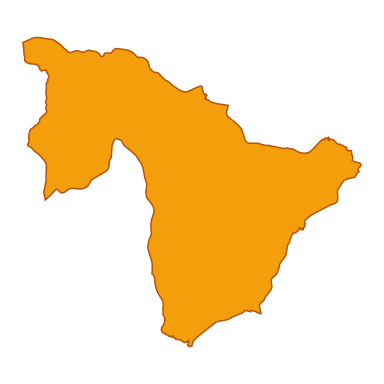 Nong Sung, Mukdahan, Thailand (Albers equal-area conic projection)
{"feature_id": "78962969B14563868158116", "entity_name": "Nong Sung", "entity_type": "district", "adm_level": 2, "iso_a3": "THA", "parent_name": "Thailand", "parent_adm1": "Mukdahan", "projection": "albers", "projection_center": [104.359, 16.434], "detail": "fine", "context": "isolated", "style": "filled", "palette": "amber", "viewbox_px": 384, "rotation_deg": 0, "n_neighbors": 0, "source": "geoboundaries", "source_scale": "gbopen_adm2", "svg_char_len": 5886}
<svg xmlns="http://www.w3.org/2000/svg" viewBox="0 0 384 384"><path d="M23.0,42.5L23.1,44.2L23.7,48.2L24.0,53.9L24.6,56.9L24.7,60.1L25.2,61.3L27.5,62.9L29.2,63.7L35.0,64.2L37.8,65.0L39.4,67.9L40.3,70.1L41.1,70.8L41.4,70.9L45.7,70.0L46.5,70.2L46.5,71.8L48.7,75.6L49.0,76.4L49.0,77.6L47.8,78.8L47.8,81.5L46.5,82.6L46.3,86.3L46.5,88.6L45.8,91.4L46.1,93.6L46.1,95.1L46.9,99.1L45.7,101.1L45.5,102.0L45.7,102.9L46.9,104.9L46.3,105.7L45.8,108.7L46.0,109.9L46.7,110.9L46.7,112.0L46.3,112.8L45.5,113.4L44.4,114.7L42.0,116.5L41.4,117.3L39.8,118.8L39.5,121.9L39.1,122.6L37.7,123.5L37.2,124.7L34.7,125.6L33.9,127.0L30.1,129.7L28.6,136.3L29.0,139.6L28.9,142.4L27.8,143.9L27.7,144.7L27.8,145.5L28.0,145.8L31.3,147.7L35.4,151.8L40.5,155.9L42.5,158.6L44.8,161.0L46.2,164.1L46.4,166.8L46.1,175.1L46.1,180.5L43.8,192.2L45.3,200.0L50.4,195.3L55.4,190.2L56.3,189.4L56.9,189.3L58.1,189.9L60.1,192.2L61.7,193.0L63.0,192.8L64.6,192.2L69.3,188.8L70.1,188.5L73.1,188.3L78.6,188.9L80.9,188.9L82.8,188.7L84.1,188.2L85.7,187.5L87.4,186.4L88.5,185.1L90.8,181.2L91.9,179.8L93.1,178.9L105.5,171.6L106.9,170.5L108.4,168.4L109.1,166.0L109.3,161.5L111.3,157.0L112.0,146.3L112.8,143.3L114.1,140.4L114.6,139.6L115.2,139.0L116.2,138.7L118.9,139.3L121.8,140.9L123.4,144.2L124.6,145.7L129.3,149.8L130.6,150.7L136.3,156.0L137.6,158.2L140.2,161.8L141.8,164.7L142.8,167.0L144.8,177.9L146.1,181.3L146.6,183.2L146.7,185.0L146.5,187.6L145.8,191.8L146.7,197.7L151.1,203.2L152.2,204.9L153.3,207.0L153.8,209.0L154.1,211.5L153.5,213.8L151.7,219.3L151.0,223.0L150.9,225.8L151.4,233.4L150.9,235.5L148.9,240.3L147.9,246.0L148.0,248.8L152.0,262.4L152.3,267.3L152.0,274.1L152.9,274.3L154.3,276.6L155.5,286.1L156.5,289.4L158.0,293.1L162.5,300.4L163.0,302.5L163.4,305.3L163.2,306.0L162.9,308.4L162.9,310.3L163.2,311.5L163.0,314.2L163.5,315.7L164.2,316.5L164.5,317.4L164.6,319.4L165.0,320.6L163.5,324.5L163.3,325.6L162.9,326.2L161.9,327.0L161.6,327.6L161.4,329.3L161.6,331.0L162.4,332.4L163.5,333.2L165.1,333.5L165.4,334.4L165.9,334.6L166.6,334.5L167.0,334.9L168.2,335.2L168.5,336.0L168.9,335.9L169.4,336.3L170.3,336.5L170.6,336.3L170.8,336.8L171.4,336.7L172.2,337.0L172.4,336.3L172.8,336.1L173.4,336.7L173.4,337.2L174.2,337.9L174.6,338.1L175.7,338.3L175.7,338.9L175.9,339.5L176.5,339.6L176.9,339.4L178.0,339.7L179.7,339.7L180.2,340.1L181.5,340.2L182.0,341.4L183.0,341.4L184.1,342.4L184.4,342.3L184.6,342.6L186.1,342.2L186.5,341.8L187.3,342.1L187.8,341.8L187.7,341.3L188.0,340.8L188.6,340.5L188.3,342.0L188.8,342.8L188.7,343.2L188.3,343.9L187.7,344.3L187.5,344.8L188.2,345.8L188.7,346.0L189.0,346.6L191.7,346.2L193.2,341.4L193.8,340.5L196.6,337.6L207.5,328.8L216.5,321.8L227.6,319.6L232.8,316.9L239.0,314.2L241.8,313.3L244.5,311.1L245.4,310.7L246.6,310.6L250.1,311.8L250.7,311.6L251.3,310.7L252.0,310.6L254.6,311.2L258.7,313.1L261.0,313.7L259.5,306.9L259.6,304.6L260.0,303.8L263.8,300.5L265.5,296.7L269.6,291.8L271.1,289.5L271.6,288.1L271.9,286.3L271.2,281.2L271.4,279.2L273.1,277.2L275.2,275.6L277.0,273.2L278.7,268.9L279.5,264.8L280.2,263.3L280.8,262.2L283.9,258.5L285.7,255.3L286.6,251.7L287.4,245.7L289.5,242.3L290.3,238.9L292.3,234.4L293.8,232.9L295.4,232.9L296.5,232.0L296.8,231.4L298.2,230.6L298.9,229.2L299.0,228.8L298.8,228.3L299.2,227.8L299.6,227.8L300.5,228.4L300.7,229.6L301.4,229.6L302.2,229.1L302.9,229.8L303.3,229.8L303.4,228.8L303.2,227.8L303.7,227.3L304.6,227.1L304.9,226.4L304.7,225.1L305.3,223.2L304.4,222.3L304.5,221.3L306.1,219.3L307.4,218.1L311.4,215.1L314.0,213.5L330.4,205.0L334.3,203.8L335.6,203.0L337.3,201.3L337.6,200.0L337.8,196.9L337.4,193.0L337.5,190.8L337.8,189.8L338.3,188.8L341.7,183.6L343.9,180.5L345.6,179.4L354.9,177.2L355.7,175.5L356.8,174.4L356.9,172.9L358.9,171.9L359.3,171.5L358.1,170.6L358.1,169.0L358.6,167.9L360.2,166.6L360.6,166.0L361.0,164.8L360.9,164.1L360.4,163.5L358.2,162.6L354.8,161.9L352.1,160.5L352.8,158.2L352.6,156.9L352.7,156.2L351.4,153.9L351.8,152.2L351.2,150.6L350.6,150.4L349.3,151.0L348.9,150.9L348.2,150.3L347.1,150.4L346.8,149.9L346.9,148.1L346.6,147.4L345.6,147.0L344.4,146.8L343.6,145.7L342.8,145.3L340.5,145.0L340.0,144.0L339.6,144.0L338.8,144.5L337.3,143.9L335.7,142.0L334.8,141.6L334.2,140.5L332.8,139.5L331.1,139.5L330.6,139.0L330.1,139.0L329.1,140.3L328.3,140.4L328.1,139.7L328.9,137.8L328.9,137.4L328.5,137.2L328.1,137.4L327.8,138.1L327.3,138.3L326.6,138.4L325.6,138.0L325.1,138.1L325.0,139.0L324.5,139.8L323.7,139.7L323.0,139.2L322.7,139.2L319.6,142.0L312.8,149.3L310.3,151.5L308.5,152.5L306.1,153.2L301.0,153.0L297.3,151.5L293.3,149.2L292.2,148.9L289.3,148.7L287.6,148.0L286.1,148.0L284.0,148.6L282.9,148.5L275.1,146.7L271.3,146.1L268.6,145.3L266.1,145.4L264.7,145.2L257.3,143.2L248.4,143.2L246.2,141.8L245.2,140.4L243.4,134.1L242.2,132.0L242.0,129.9L241.5,128.8L236.9,123.9L228.1,116.8L227.1,115.6L226.5,113.0L226.6,111.9L228.2,105.4L218.4,103.9L213.5,102.8L210.6,101.8L208.0,99.8L206.9,99.9L206.2,99.1L205.0,99.1L205.0,98.8L206.2,97.8L206.0,97.5L205.3,97.4L205.8,96.4L205.3,95.5L205.7,95.4L206.7,95.8L206.9,95.4L206.6,95.1L205.7,95.0L205.8,94.0L204.5,94.1L204.0,93.9L203.1,92.4L203.0,91.1L202.4,90.3L202.5,88.4L202.2,87.8L202.0,86.6L201.5,86.1L199.9,86.2L194.1,88.6L187.6,91.6L185.6,92.0L183.7,91.8L178.8,89.7L171.7,84.7L169.2,82.2L165.5,80.2L162.3,77.3L158.6,73.2L156.6,72.5L154.4,72.3L153.1,71.7L149.9,68.3L149.4,67.2L148.6,63.4L148.1,62.0L147.7,61.2L146.5,59.8L144.5,58.4L143.0,57.8L141.5,57.4L139.0,57.2L137.3,57.4L135.2,54.8L133.0,52.6L128.9,50.4L125.0,49.6L118.0,48.6L115.6,48.7L114.9,49.0L112.7,50.8L111.7,52.4L110.9,53.0L110.2,53.2L106.7,52.9L105.2,53.1L104.5,53.5L103.5,55.8L103.1,56.2L102.3,56.5L101.7,56.5L101.0,56.3L100.7,55.9L98.8,53.3L97.8,52.6L94.9,51.4L93.2,51.1L91.6,51.1L89.2,50.2L88.5,50.2L85.6,51.3L84.2,52.2L83.5,52.4L77.8,50.8L75.1,51.0L71.0,52.5L69.1,52.4L67.7,51.6L66.4,50.2L63.9,48.2L61.0,45.1L59.2,43.7L54.5,40.4L53.0,39.7L51.1,39.2L48.0,39.0L38.8,37.5L36.7,37.4L32.8,38.1L23.0,42.5Z" fill="#f59e0b" stroke="#b45309" stroke-width="1.5"/></svg>